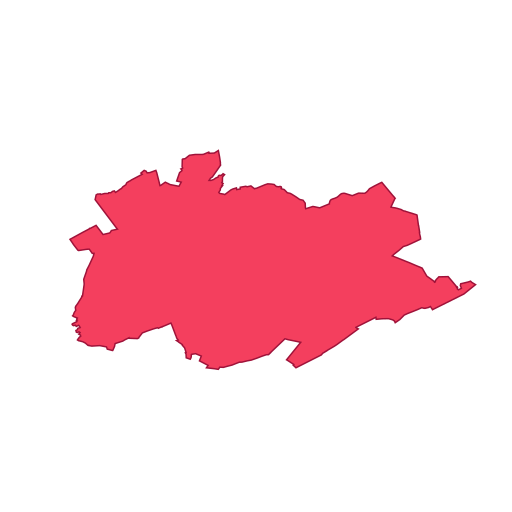 Zemītes pag., Kandavas, Latvia (Equal Earth projection), rotated 340°
{"feature_id": "27541924B24941792791033", "entity_name": "Zemītes pag.", "entity_type": "district", "adm_level": 2, "iso_a3": "LVA", "parent_name": "Latvia", "parent_adm1": "Kandavas", "projection": "equal_earth", "projection_center": [22.809, 56.907], "detail": "fine", "context": "isolated", "style": "filled", "palette": "rose", "viewbox_px": 512, "rotation_deg": 340, "n_neighbors": 0, "source": "geoboundaries", "source_scale": "gbopen_adm2", "svg_char_len": 5852}
<svg xmlns="http://www.w3.org/2000/svg" viewBox="0 0 512 512"><g transform="rotate(340 256 256)"><path d="M124.1,148.0L134.0,180.4L135.0,183.4L128.8,182.6L126.9,184.1L126.3,184.3L119.6,183.5L116.2,172.5L110.2,173.3L109.4,173.3L109.0,173.1L108.3,173.6L107.9,173.6L101.3,174.5L86.9,176.7L88.3,182.2L88.3,182.5L90.6,189.6L91.2,190.2L98.3,191.6L100.3,192.1L101.7,192.6L103.0,197.5L104.7,198.1L104.3,198.7L103.1,200.5L96.1,207.6L92.1,211.3L91.9,211.8L91.1,212.9L86.3,218.8L86.2,218.9L86.1,219.2L85.0,223.4L84.5,224.5L79.3,234.2L79.1,234.1L78.6,234.1L78.1,235.1L75.1,237.4L72.2,239.7L69.2,241.7L69.0,242.3L68.6,242.6L68.0,245.4L65.9,246.9L64.0,249.1L63.2,249.5L63.6,250.1L64.2,250.8L66.9,253.2L65.9,254.0L65.9,254.6L66.1,255.1L65.1,255.3L65.2,256.4L60.2,256.9L59.8,257.4L60.0,258.1L60.6,259.0L62.6,259.3L63.0,260.7L63.3,260.7L63.9,260.6L65.5,260.4L65.7,260.5L65.8,260.6L66.1,261.9L66.3,263.1L65.5,263.1L64.9,263.0L63.7,263.1L63.0,264.1L62.7,264.2L61.3,264.4L61.2,265.3L61.1,266.0L61.4,266.4L62.0,266.8L63.7,266.7L64.5,267.8L63.0,268.7L62.7,268.8L62.8,269.0L64.0,270.2L63.8,271.5L63.5,271.6L62.5,271.8L61.0,272.7L59.5,273.8L60.3,274.9L61.4,275.6L61.7,275.8L64.0,277.4L65.9,279.5L67.5,282.4L67.8,282.5L67.7,282.6L67.8,282.7L70.9,284.5L77.0,286.3L78.6,286.8L84.4,290.3L84.4,292.7L85.2,293.2L88.6,295.6L89.0,295.8L89.4,295.5L92.3,292.4L92.7,291.6L93.7,290.1L101.7,290.4L104.1,289.9L108.0,289.5L107.9,289.6L116.4,293.1L117.7,292.9L117.7,292.7L122.9,289.4L128.1,289.3L134.4,289.4L138.9,289.7L139.5,290.5L143.6,290.3L143.6,290.5L143.9,290.4L148.1,290.2L153.1,289.9L153.3,292.2L153.4,302.6L153.5,304.1L153.4,305.9L154.2,308.4L152.4,308.3L153.6,309.9L153.9,310.5L156.5,314.1L156.2,314.6L157.5,317.9L157.3,322.8L156.5,322.8L156.7,324.3L155.6,327.8L158.9,330.5L159.8,329.7L160.6,328.7L161.6,326.4L162.2,326.4L166.0,327.2L166.2,327.5L170.4,331.3L167.0,335.2L173.6,342.4L171.2,344.1L178.4,347.7L181.8,349.6L184.0,348.1L187.3,349.5L191.2,349.8L196.2,350.3L199.0,350.2L204.1,350.1L206.4,350.9L211.8,351.5L215.9,352.2L221.9,352.3L227.3,352.2L231.9,352.3L234.1,353.0L234.4,352.8L236.3,352.0L236.2,351.9L254.9,343.7L257.4,345.5L259.5,346.8L263.9,349.5L268.5,352.4L249.2,364.0L249.8,364.7L254.4,370.8L253.6,371.3L255.3,374.7L283.6,371.3L285.4,370.2L289.2,369.5L289.1,369.4L292.1,368.8L298.6,367.6L301.6,366.9L308.8,364.8L309.9,364.6L327.2,359.5L326.1,358.3L325.4,357.3L325.4,357.2L347.7,354.6L347.3,356.6L353.0,358.1L357.4,359.6L357.6,359.6L357.9,359.8L359.1,360.2L359.4,360.4L362.8,362.9L363.0,363.3L363.7,364.1L363.9,365.1L364.0,366.3L369.4,364.9L375.1,362.2L378.7,361.9L383.6,361.8L389.4,361.6L394.1,361.3L396.0,362.6L397.1,363.0L400.6,363.4L402.6,363.1L403.5,366.7L403.5,366.8L438.4,362.8L452.5,358.0L449.7,354.5L449.0,353.0L446.6,353.0L438.9,352.1L437.9,353.6L438.0,356.6L434.6,357.0L433.9,355.8L434.6,354.7L434.5,354.0L434.5,353.9L433.8,354.0L433.7,352.9L433.8,352.9L431.4,346.2L429.5,341.1L420.6,338.1L419.2,338.9L418.4,339.2L416.1,340.5L415.7,341.6L414.8,341.7L414.5,340.6L413.8,339.4L412.8,338.0L412.6,337.6L409.6,333.3L408.0,324.2L402.0,318.7L398.1,315.0L393.7,311.1L384.1,302.5L386.1,301.6L392.0,299.7L397.7,297.5L401.7,297.7L405.8,297.4L416.5,296.4L417.0,294.2L417.3,291.3L417.7,289.7L417.9,289.7L419.2,283.0L419.1,282.9L421.3,272.6L420.6,271.9L411.8,265.2L411.7,265.0L410.0,264.0L408.3,262.0L404.7,259.3L403.7,258.7L403.3,258.4L401.8,257.6L399.7,256.4L399.5,256.2L406.2,249.5L406.5,249.4L405.9,247.6L405.0,245.4L399.4,229.8L397.0,230.0L391.2,230.7L386.1,231.5L385.6,231.6L383.5,232.9L381.8,233.7L380.5,234.1L379.9,234.2L379.2,234.1L373.9,232.0L373.6,232.0L367.7,232.2L367.1,232.2L366.4,231.7L361.0,227.6L360.1,227.1L358.2,226.7L357.3,226.7L356.0,227.1L353.6,228.1L352.4,228.5L350.0,228.7L347.6,228.6L345.9,228.7L345.5,228.9L345.1,229.0L344.6,229.4L344.2,229.8L343.4,230.9L342.9,231.6L342.8,232.1L332.7,232.5L332.3,232.5L328.1,229.9L326.4,228.9L318.9,228.6L318.9,227.7L320.3,223.2L319.3,219.7L316.4,217.8L313.8,214.1L310.7,210.1L309.5,208.8L307.6,207.6L307.2,207.3L306.9,207.1L306.7,206.4L305.4,203.6L305.2,203.2L304.3,202.5L303.2,201.8L302.7,201.3L302.7,201.1L303.4,200.3L303.3,199.5L302.5,198.9L302.0,198.8L301.0,198.7L299.0,197.7L298.9,197.5L298.5,196.9L298.1,196.2L297.5,195.0L294.9,193.6L291.7,192.2L288.8,192.1L284.0,192.3L279.5,192.5L278.2,192.2L277.6,192.3L275.2,188.4L271.3,187.9L270.3,187.0L264.7,186.0L264.1,187.6L260.6,187.0L260.9,185.3L257.2,185.1L255.1,185.3L247.7,187.6L246.8,186.8L246.7,186.8L243.2,184.7L242.8,183.5L245.0,181.8L245.6,180.4L246.0,180.1L246.8,179.6L248.5,178.5L247.9,178.2L249.9,176.6L248.9,175.4L249.9,174.6L250.2,173.8L250.9,171.9L251.6,170.4L251.8,170.1L254.3,168.8L253.2,167.4L252.5,167.8L251.7,168.0L251.1,168.4L250.6,168.3L249.3,167.7L248.7,167.6L248.1,167.9L247.6,168.4L247.3,168.9L245.1,168.9L242.4,169.6L239.4,169.6L239.1,169.4L237.8,168.9L239.9,167.3L242.0,166.8L248.9,162.0L253.9,158.4L253.8,157.8L254.5,156.1L255.7,150.2L256.7,144.0L252.0,145.0L246.9,143.4L247.1,142.5L247.8,142.2L247.6,142.2L241.4,142.5L241.2,142.4L240.2,142.2L233.6,139.8L228.0,138.6L227.8,138.6L222.7,140.3L220.2,139.8L219.8,140.0L217.1,146.8L217.1,147.2L217.2,148.1L217.1,148.4L216.7,148.5L215.2,148.5L215.6,149.5L215.7,150.2L215.6,150.5L212.7,151.5L207.1,158.4L211.0,161.0L207.5,164.1L207.4,164.1L199.9,159.6L199.5,159.3L198.0,157.6L197.1,156.8L196.4,156.0L196.0,155.6L190.5,157.1L189.8,157.0L189.9,156.2L190.2,153.8L191.2,144.0L191.2,142.6L191.2,141.3L185.3,141.3L184.7,141.3L182.1,140.6L182.0,140.4L181.8,138.8L180.2,137.3L176.2,138.7L177.0,140.3L165.0,141.9L163.5,142.3L162.4,142.4L160.3,142.8L159.9,142.9L159.5,143.1L159.0,143.5L158.3,144.4L157.9,144.6L154.6,145.4L152.6,146.6L151.5,146.7L148.5,147.6L146.8,148.0L145.7,148.2L145.2,146.4L143.3,146.2L141.2,146.9L140.2,146.5L139.2,146.2L138.6,146.7L135.2,145.5L131.2,145.1L131.0,144.4L128.7,143.8L128.3,143.6L126.7,143.9L124.1,148.0Z" fill="#f43f5e" stroke="#9f1239" stroke-width="1.5"/></g></svg>